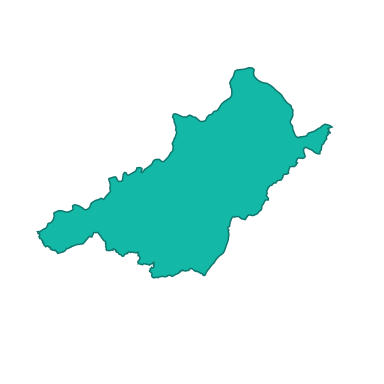 the district of Bawku West, Upper East, Ghana, rotated 236°
{"feature_id": "2480657B35637781657714", "entity_name": "Bawku West", "entity_type": "district", "adm_level": 2, "iso_a3": "GHA", "parent_name": "Ghana", "parent_adm1": "Upper East", "projection": "albers", "projection_center": [-0.469, 10.843], "detail": "fine", "context": "isolated", "style": "filled", "palette": "teal", "viewbox_px": 384, "rotation_deg": 236, "n_neighbors": 0, "source": "geoboundaries", "source_scale": "gbopen_adm2", "svg_char_len": 6044}
<svg xmlns="http://www.w3.org/2000/svg" viewBox="0 0 384 384"><g transform="rotate(236 192 192)"><path d="M257.4,215.9L254.0,214.7L252.9,213.3L250.8,212.9L249.4,212.2L248.7,211.0L246.7,208.7L246.4,207.4L244.8,205.6L243.6,203.2L243.0,202.6L240.3,201.9L237.0,199.2L236.6,198.3L236.5,196.4L234.4,192.2L233.0,185.9L233.5,184.8L234.3,183.9L237.2,183.2L239.0,180.6L239.5,179.0L239.2,177.0L237.8,174.8L237.4,173.5L237.1,169.8L237.2,165.5L236.1,162.8L236.1,161.9L236.5,161.1L237.1,161.1L237.7,161.5L238.4,163.0L239.5,163.6L241.0,162.9L241.8,161.9L242.8,159.8L241.5,158.3L240.8,156.5L241.4,149.2L241.7,148.4L242.4,148.0L243.2,147.8L244.9,148.1L245.8,147.2L245.8,146.4L244.9,144.8L240.5,140.8L240.5,139.3L241.3,137.7L242.5,136.9L243.9,136.8L246.5,137.3L247.5,136.8L248.1,135.6L249.6,130.7L249.0,130.0L245.6,129.1L243.2,128.1L241.4,126.3L238.2,124.7L237.8,123.7L236.6,118.5L235.3,115.2L235.6,114.3L237.3,113.5L237.8,112.6L237.9,110.6L239.0,107.0L239.1,102.4L238.4,101.1L236.4,98.6L236.2,96.2L236.3,94.7L236.9,93.7L238.2,92.7L240.1,92.3L243.9,90.4L246.3,88.4L247.3,86.9L247.3,85.5L246.9,84.9L245.1,84.4L244.2,83.5L243.9,81.8L244.6,78.4L245.6,76.5L249.3,73.5L251.1,70.9L251.9,66.3L251.7,65.6L248.9,64.3L247.3,62.4L246.2,60.6L245.6,58.7L245.6,57.1L246.1,56.3L246.2,54.7L244.4,52.5L243.7,50.4L244.2,48.4L244.2,44.1L245.5,41.7L243.8,41.6L243.5,41.2L243.1,41.8L243.2,42.3L242.8,42.1L242.5,42.3L241.0,41.3L240.6,40.2L240.1,40.3L238.9,39.7L238.3,39.9L238.2,40.5L237.3,40.8L236.0,40.5L234.7,40.9L234.1,40.1L233.7,40.3L233.0,39.9L232.1,40.5L231.2,39.8L230.3,39.6L228.9,40.2L228.5,40.1L228.1,41.8L226.6,42.8L226.4,42.6L225.8,42.9L225.4,43.5L224.7,43.0L223.5,42.8L223.2,43.5L222.0,43.6L221.9,44.0L220.8,45.0L220.8,45.4L219.9,45.6L219.8,46.1L217.6,46.7L217.2,46.3L216.2,46.4L214.3,52.1L214.3,53.7L215.0,56.2L215.0,56.9L214.3,58.0L214.5,59.0L213.9,60.7L214.4,61.5L213.8,62.7L213.1,66.3L210.0,72.8L212.6,82.0L211.8,83.0L211.0,83.2L210.7,83.9L213.3,87.8L211.0,91.4L207.8,91.4L206.3,91.8L205.0,91.3L203.6,91.7L201.4,91.6L198.8,92.7L197.7,91.4L196.5,91.3L194.9,89.9L193.0,89.4L192.2,88.6L191.1,88.8L189.3,91.2L188.9,93.1L187.9,93.8L188.9,95.0L188.7,95.4L185.8,96.6L185.7,95.7L184.4,95.8L183.3,96.8L181.1,96.8L179.9,97.9L178.0,98.2L177.4,98.7L177.1,99.5L178.0,101.2L177.6,102.4L177.6,103.6L177.0,104.2L177.8,104.8L177.6,106.5L176.2,107.1L175.9,108.6L172.6,111.8L172.4,113.6L171.5,113.4L169.6,111.9L169.5,112.5L167.3,112.1L166.2,112.3L164.7,109.0L164.6,108.3L164.1,107.9L163.0,107.7L162.7,107.4L162.5,108.1L161.2,108.6L159.5,110.2L159.5,111.9L159.1,112.4L156.5,115.0L155.1,116.0L155.3,117.1L154.9,119.0L155.3,120.2L154.8,121.1L153.9,119.9L153.5,120.2L153.2,120.1L152.7,119.0L152.2,119.2L151.4,118.9L150.9,117.3L152.1,116.4L151.7,116.1L151.7,114.5L150.7,114.1L150.7,113.2L150.4,112.7L149.9,112.5L147.3,113.3L146.4,113.0L145.2,111.8L143.7,111.5L142.1,112.3L142.1,113.2L141.1,114.4L140.6,115.7L139.9,116.1L140.0,117.3L139.8,118.2L138.9,119.3L138.5,120.7L137.0,121.8L136.3,123.3L136.0,124.2L136.5,124.7L135.3,127.4L133.6,127.9L133.0,128.7L132.8,132.5L132.1,135.6L132.6,136.2L132.3,137.5L133.2,138.3L132.2,139.6L132.8,140.5L132.7,140.7L131.5,141.1L130.1,142.4L129.6,144.0L129.1,144.7L128.9,146.3L129.4,147.6L129.2,148.6L127.7,149.4L124.5,150.3L124.2,151.4L122.8,151.9L122.3,152.8L119.7,153.6L118.5,155.0L117.8,155.0L117.2,154.6L116.8,154.7L116.4,154.9L116.2,155.7L115.8,155.8L115.9,156.8L116.7,157.7L118.5,161.3L118.6,162.3L120.6,168.2L120.8,170.1L122.9,175.1L123.7,178.9L123.8,183.2L124.8,185.6L132.3,195.6L132.9,195.9L136.3,199.0L139.0,200.0L139.9,201.3L140.7,200.9L141.2,201.0L142.6,202.1L142.8,202.5L142.5,202.9L142.5,203.8L146.0,207.2L146.9,208.7L147.4,209.0L148.4,211.2L148.4,212.2L147.4,213.2L147.0,214.8L146.2,216.1L145.1,217.2L142.1,218.0L141.1,219.3L139.4,220.5L139.6,221.4L140.6,223.3L140.6,224.1L141.2,224.8L141.2,225.7L141.1,226.5L138.8,228.8L138.1,230.0L137.5,234.0L138.3,236.7L138.3,238.5L138.7,239.9L141.4,242.2L142.0,243.3L142.0,244.0L144.3,248.4L142.7,250.8L144.1,251.8L147.3,251.5L147.7,251.7L148.1,252.6L149.1,253.7L150.2,254.0L151.5,255.1L151.7,255.9L152.7,257.0L153.6,260.2L153.0,262.2L153.5,263.4L153.6,265.2L152.6,266.4L153.5,268.8L153.5,269.8L152.1,272.5L153.2,275.3L154.5,276.4L155.0,277.5L155.0,278.6L153.8,280.4L153.6,282.4L154.0,282.9L154.6,282.9L155.6,283.8L158.0,287.1L157.9,288.1L155.8,291.2L156.4,294.0L157.3,295.6L157.8,294.8L158.5,294.8L160.8,298.3L160.5,299.5L157.9,302.7L157.6,304.7L158.5,305.9L162.9,307.1L164.5,308.0L165.1,308.6L165.7,310.2L165.1,311.7L163.0,312.7L160.8,314.2L159.2,315.1L157.2,315.5L154.6,316.7L152.6,318.4L152.2,319.5L152.6,319.9L153.9,320.4L154.7,322.7L158.1,325.7L158.4,326.5L158.4,328.0L160.0,330.7L160.7,333.4L162.0,333.8L163.1,335.0L163.5,337.1L165.1,337.5L165.4,338.4L165.2,338.7L163.6,339.1L163.7,339.6L164.6,339.9L165.8,339.1L167.0,340.3L168.4,339.9L168.7,340.1L167.6,344.4L169.9,343.5L172.7,341.3L173.9,339.9L174.0,336.6L173.5,334.0L173.9,332.9L174.0,327.0L174.5,325.9L175.7,321.3L174.5,318.5L174.9,317.0L177.4,312.0L177.2,311.3L177.5,311.2L178.4,309.8L180.2,309.3L181.9,309.3L188.0,310.8L190.1,312.0L191.3,312.2L193.0,311.9L195.1,312.6L195.9,313.3L197.9,316.9L198.9,318.2L201.2,319.8L201.9,319.9L202.5,320.8L203.5,321.5L206.5,321.5L208.1,322.4L212.7,320.7L217.8,320.3L222.3,320.5L225.6,319.7L228.9,318.5L233.1,317.8L237.2,316.4L240.2,314.8L242.5,312.4L244.5,310.8L248.2,309.0L252.5,308.3L254.1,308.5L256.4,309.7L258.7,312.0L261.1,311.3L262.8,309.2L263.4,308.3L264.2,305.0L264.9,303.4L268.0,297.5L268.2,295.4L267.6,294.4L265.2,291.7L263.6,288.6L263.1,287.0L261.5,284.5L260.8,284.0L259.2,283.8L257.6,282.7L255.7,282.6L253.0,281.2L250.3,279.3L249.3,277.8L248.7,275.9L248.9,272.9L248.6,271.6L249.0,270.2L248.4,265.7L246.4,261.3L245.4,258.3L246.4,255.5L246.3,254.4L245.5,252.8L245.8,250.3L246.3,249.0L245.3,245.7L244.0,243.9L243.8,242.9L244.0,241.2L246.0,238.2L252.0,236.7L253.7,234.8L255.5,234.2L256.6,233.3L257.2,232.7L257.2,229.6L259.2,226.5L264.8,223.0L265.8,222.2L266.7,221.1L266.8,220.2L266.5,219.5L264.9,217.8L262.3,217.7L260.0,216.4L257.4,215.9Z" fill="#14b8a6" stroke="#0f766e" stroke-width="1.5"/></g></svg>